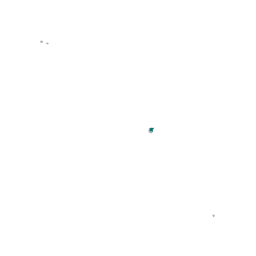 location of Nett, Pohnpei, Federated States of Micronesia, rotated 35°
{"feature_id": "79324940B16225653054825", "entity_name": "Nett", "entity_type": "district", "adm_level": 2, "iso_a3": "FSM", "parent_name": "Federated States of Micronesia", "parent_adm1": "Pohnpei", "projection": "mercator", "projection_center": [158.226, 6.943], "detail": "fine", "context": "in_parent", "style": "filled", "palette": "teal", "viewbox_px": 256, "rotation_deg": 35, "n_neighbors": 0, "source": "geoboundaries", "source_scale": "gbopen_adm2", "svg_char_len": 1620}
<svg xmlns="http://www.w3.org/2000/svg" viewBox="0 0 256 256"><g transform="rotate(35 128 128)"><path d="M149.9,118.6L148.7,119.1L147.1,118.9L146.6,117.1L145.9,116.7L146.1,115.8L147.2,115.1L149.5,115.7L150.3,116.9L149.8,117.7L149.9,118.6ZM8.5,107.2L8.3,107.5L7.0,107.4L6.9,107.2L7.0,107.1L7.6,107.0L7.7,106.6L7.3,106.5L7.6,106.3L8.1,106.3L8.4,106.5L8.6,106.9L8.5,107.2ZM248.9,150.3L249.1,151.4L247.8,150.9L247.6,150.5L248.4,150.1L248.9,150.3ZM13.5,105.4L13.1,105.5L12.9,105.4L13.0,104.8L13.1,104.7L13.5,104.6L14.1,104.8L13.5,105.4Z" fill="#d9dde1" stroke="#a8b0b8" stroke-width="1"/><path d="M147.5,117.0L147.9,117.2L147.9,117.3L148.1,117.3L148.2,117.2L148.3,117.0L148.4,116.9L148.5,116.8L148.5,116.7L148.8,116.6L148.7,116.5L148.8,116.3L148.8,116.2L148.7,116.0L148.6,115.9L148.4,115.8L148.4,115.7L148.5,115.7L148.4,115.6L148.3,115.4L148.2,115.4L148.1,115.2L147.9,115.2L148.0,115.2L148.0,115.3L147.9,115.3L147.9,115.5L148.0,115.5L148.1,115.8L148.1,115.7L147.9,115.5L147.9,115.4L147.8,115.5L147.8,115.4L147.8,115.5L147.7,115.5L147.5,115.4L147.6,115.5L147.4,115.5L147.2,115.6L147.3,115.8L147.4,116.2L147.5,116.6L147.5,117.0ZM148.7,114.5L148.7,114.4L148.5,114.5L148.4,114.6L148.5,114.5L148.4,114.6L148.4,114.8L148.5,114.8L148.4,114.8L148.5,114.8L148.5,114.7L148.7,114.5ZM147.7,115.3L147.7,115.2L147.8,115.2L147.7,115.2L147.8,115.2L147.7,115.2L147.8,115.2L147.7,115.2L147.8,115.2L147.7,115.2L147.8,115.1L147.9,114.9L147.7,114.9L147.5,115.0L147.7,115.3L147.7,115.3ZM148.2,114.6L148.1,114.8L148.2,114.7L148.2,114.8L148.2,114.7L148.2,114.8L148.2,114.7L148.2,114.6Z" fill="#14b8a6" stroke="#0f766e" stroke-width="1.5"/></g></svg>